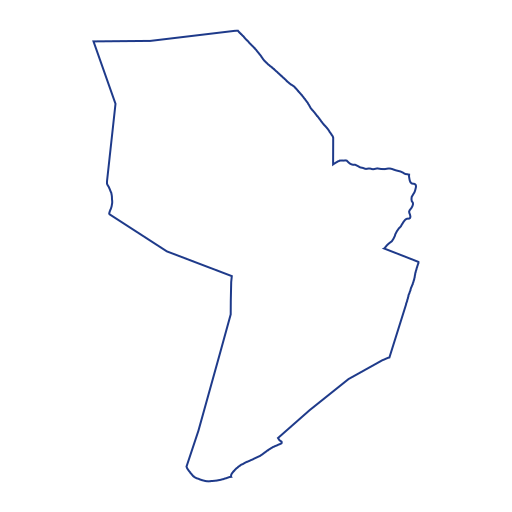 Homoine, Inhambane, Mozambique (orthographic projection)
{"feature_id": "85939544B9969435799517", "entity_name": "Homoine", "entity_type": "district", "adm_level": 2, "iso_a3": "MOZ", "parent_name": "Mozambique", "parent_adm1": "Inhambane", "projection": "orthographic", "projection_center": [35.094, -23.913], "detail": "fine", "context": "isolated", "style": "outline", "palette": "blue", "viewbox_px": 512, "rotation_deg": 0, "n_neighbors": 0, "source": "geoboundaries", "source_scale": "gbopen_adm2", "svg_char_len": 6005}
<svg xmlns="http://www.w3.org/2000/svg" viewBox="0 0 512 512"><path d="M115.5,103.8L107.0,181.3L107.0,182.6L107.0,183.7L107.5,184.9L108.8,187.0L109.0,187.5L109.8,189.3L110.6,191.4L111.2,192.7L111.4,193.2L111.4,193.7L111.7,195.0L111.8,195.9L111.9,196.5L112.0,199.4L112.2,201.0L112.2,202.9L111.6,206.4L110.8,209.0L110.4,209.6L110.1,210.7L109.8,211.2L109.5,212.3L109.2,213.3L109.3,213.9L109.7,214.4L166.9,251.4L231.8,276.1L231.2,282.0L230.8,300.2L230.7,314.4L219.9,353.6L198.4,430.8L186.5,466.6L187.2,468.4L188.7,470.6L189.4,471.5L190.3,472.5L190.4,472.9L190.8,473.4L191.4,473.9L191.7,474.3L192.0,474.8L192.5,475.2L193.2,476.2L193.8,476.4L194.0,476.8L194.6,477.2L196.7,478.3L198.2,478.7L199.9,479.4L200.3,479.7L200.8,479.7L201.7,480.1L202.1,480.1L202.5,480.3L204.2,480.7L205.2,481.0L205.7,481.0L206.2,481.2L207.1,481.2L207.8,481.3L208.8,481.3L210.6,481.2L211.0,481.0L212.8,481.0L213.2,480.9L214.6,480.8L215.2,480.7L216.2,480.7L216.6,480.5L217.2,480.5L217.7,480.3L218.2,480.3L218.7,480.1L219.2,480.1L219.6,480.0L220.2,479.9L220.8,479.8L221.2,479.6L221.7,479.5L222.8,479.2L223.2,479.2L225.2,478.4L225.7,478.4L226.3,478.2L227.3,477.8L229.6,477.0L230.2,477.0L230.7,476.8L231.1,476.8L231.0,476.6L231.1,475.4L231.3,474.5L232.2,473.0L232.6,472.6L233.0,472.1L233.2,471.6L233.8,471.3L234.0,470.8L234.4,470.6L235.0,469.7L235.5,469.4L236.1,468.6L236.9,468.0L237.3,467.8L238.0,467.2L238.2,466.8L240.0,465.7L240.3,465.3L241.4,464.6L242.8,464.1L244.9,462.8L245.4,462.6L245.9,462.3L246.9,461.8L247.4,461.8L247.9,461.5L249.8,460.7L250.7,460.2L252.8,459.4L253.4,459.0L254.2,458.6L258.7,456.5L259.2,456.3L259.8,456.0L260.3,455.8L260.7,455.4L262.6,454.2L263.0,453.8L263.9,453.2L264.4,452.7L264.9,452.5L265.4,452.0L266.0,451.7L266.5,451.2L267.6,450.4L268.1,450.3L268.4,449.8L269.0,449.5L269.4,449.3L269.9,448.9L270.4,448.7L271.3,448.0L271.8,447.8L273.0,447.0L274.0,446.7L274.6,446.3L277.0,445.4L277.9,444.9L278.8,444.5L280.0,444.1L280.4,443.8L281.4,443.4L281.6,443.1L281.7,442.5L281.7,442.0L281.4,441.5L280.2,440.8L279.3,440.0L278.0,438.0L309.7,410.1L348.6,379.0L382.4,360.2L384.0,359.6L386.4,358.5L387.4,358.1L387.8,357.9L389.4,357.5L406.1,304.3L406.1,303.8L407.2,300.8L407.2,300.2L407.9,298.3L407.9,297.8L408.4,296.4L408.4,295.8L408.7,294.7L409.4,293.2L409.7,292.1L410.5,290.2L410.5,289.7L411.2,287.4L411.6,286.8L412.1,285.3L412.7,284.3L412.8,283.4L413.5,281.7L413.5,281.2L413.9,280.4L413.9,280.0L414.3,279.0L414.3,278.4L414.7,277.2L414.7,276.6L414.9,275.7L414.9,275.2L415.1,274.7L415.3,273.1L415.5,272.5L415.7,272.1L415.7,271.6L416.6,268.8L416.6,268.3L417.2,266.9L417.2,266.5L417.7,265.2L417.9,264.4L418.5,262.9L418.4,262.3L418.4,261.9L384.2,248.5L384.4,248.4L386.9,245.3L388.5,243.8L390.0,242.6L391.8,241.3L393.5,238.7L395.0,235.6L395.2,234.5L396.9,231.2L398.1,229.5L398.9,228.3L400.0,227.3L400.9,226.3L402.0,224.2L402.6,223.5L402.9,222.8L403.3,222.2L404.5,220.6L405.2,219.8L406.0,219.2L407.1,218.7L409.1,218.6L410.0,218.0L410.4,216.9L410.3,216.0L409.9,214.3L409.5,213.5L409.1,211.8L409.6,210.3L411.4,208.0L412.3,206.4L412.7,205.3L413.0,204.1L412.9,202.9L412.4,202.0L411.8,201.2L411.5,199.5L411.5,199.0L411.6,197.7L411.8,196.6L412.3,195.9L413.5,193.8L414.3,192.6L414.8,191.4L415.3,189.8L415.9,187.3L416.0,186.4L415.8,185.1L415.0,184.2L414.1,183.8L412.9,183.7L411.6,183.4L410.5,182.3L409.8,180.7L409.4,178.8L409.0,176.3L409.1,174.6L407.7,174.4L407.2,174.2L405.7,174.1L404.4,173.6L403.1,172.7L400.5,171.5L396.1,170.4L393.9,169.7L393.7,169.5L393.4,169.5L392.1,169.0L389.9,168.5L388.3,168.5L384.8,169.1L381.1,169.0L377.3,168.4L375.8,168.7L374.5,169.0L373.3,169.2L372.0,169.1L370.4,168.6L368.7,168.5L366.3,168.9L365.2,168.8L362.8,167.9L360.7,167.5L359.5,167.1L358.7,166.5L356.9,165.6L355.3,164.8L354.5,164.7L353.2,164.8L351.6,164.4L350.1,163.7L348.6,162.5L346.7,160.6L345.4,160.4L343.3,160.6L342.3,160.5L339.6,160.6L339.1,161.0L337.6,161.5L337.2,161.9L336.7,162.1L335.1,163.1L333.8,163.9L333.1,164.4L333.2,137.7L333.0,137.3L332.9,136.7L332.4,135.8L332.0,135.3L331.6,134.8L331.5,134.4L331.1,134.0L330.9,133.6L330.2,132.6L329.8,132.2L329.6,131.8L329.3,131.3L329.1,130.9L327.8,129.0L327.1,128.3L326.9,127.8L326.5,127.5L326.2,127.1L325.5,126.4L325.3,126.0L324.8,125.7L324.5,125.2L324.0,124.9L323.8,124.4L323.4,124.1L323.0,123.6L322.3,122.7L322.1,122.3L321.3,121.5L320.6,120.3L319.5,119.0L319.4,118.6L319.0,118.3L318.8,117.9L318.1,117.1L317.7,116.4L317.1,116.1L316.9,115.6L315.7,114.2L315.5,113.7L315.1,113.4L314.8,112.9L314.5,112.5L313.3,111.2L313.1,110.8L312.0,109.8L311.8,109.4L310.9,108.4L310.5,107.8L310.0,106.8L309.6,106.2L309.4,105.7L309.2,105.3L308.1,103.7L307.6,102.6L307.2,102.2L306.8,101.7L306.5,101.3L306.1,100.7L305.7,100.3L305.0,99.1L304.4,98.6L303.3,97.0L302.4,96.0L301.8,95.0L301.4,94.8L300.4,93.5L299.9,93.1L299.5,92.5L299.0,92.1L298.8,91.7L298.3,91.4L298.1,90.8L297.7,90.6L297.3,90.0L296.4,89.0L296.2,88.6L295.7,88.4L295.3,87.8L294.8,87.4L294.5,86.8L291.9,85.0L291.4,84.7L290.8,84.5L290.5,84.1L289.3,83.3L289.0,82.9L288.1,82.2L287.3,81.5L286.9,81.3L286.7,80.8L286.3,80.6L286.0,80.2L285.6,79.7L285.1,79.3L284.7,79.1L284.5,78.7L283.6,77.9L283.2,77.7L282.1,76.5L281.7,76.3L281.5,75.9L281.0,75.7L280.8,75.3L280.4,75.1L279.9,74.5L279.5,74.3L279.1,73.8L278.7,73.4L278.3,73.2L277.4,72.2L277.0,71.8L276.6,71.6L276.3,71.3L275.8,70.9L274.5,69.6L274.0,69.3L273.9,68.9L273.4,68.7L273.0,68.3L272.5,68.1L272.3,67.6L271.1,66.7L270.1,66.1L269.7,65.6L269.0,65.0L268.6,64.8L268.1,64.4L266.7,62.9L266.1,62.5L265.9,62.1L265.4,61.8L265.0,61.2L264.5,60.9L262.9,58.9L262.5,58.2L261.6,57.1L261.5,56.7L260.0,54.7L259.6,54.4L259.2,53.7L258.6,53.0L257.1,51.2L256.8,50.8L256.5,50.4L256.1,49.8L255.1,48.9L254.5,47.9L254.1,47.8L253.4,46.9L251.5,45.1L251.1,44.6L250.7,44.3L250.3,43.8L249.8,43.4L248.9,42.4L248.5,41.8L248.1,41.4L247.7,40.9L247.3,40.7L247.1,40.3L246.7,40.1L245.2,38.5L244.8,38.1L244.6,37.7L244.1,37.3L243.8,36.7L243.1,36.0L242.7,35.8L241.4,34.3L240.8,34.0L240.6,33.5L240.2,33.2L239.7,32.9L239.4,32.3L239.0,32.1L238.8,31.8L237.9,30.7L235.0,30.8L150.4,40.9L93.5,41.4L115.5,103.8Z" fill="none" stroke="#1e3a8a" stroke-width="2"/></svg>